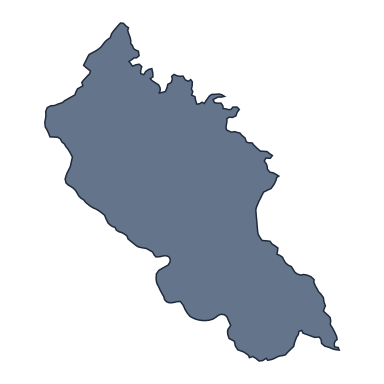 Rio Real, Bahia, Brazil
{"feature_id": "56859067B99431528151864", "entity_name": "Rio Real", "entity_type": "district", "adm_level": 2, "iso_a3": "BRA", "parent_name": "Brazil", "parent_adm1": "Bahia", "projection": "mercator", "projection_center": [-37.904, -11.54], "detail": "fine", "context": "isolated", "style": "filled", "palette": "slate", "viewbox_px": 384, "rotation_deg": 0, "n_neighbors": 0, "source": "geoboundaries", "source_scale": "gbopen_adm2", "svg_char_len": 4301}
<svg xmlns="http://www.w3.org/2000/svg" viewBox="0 0 384 384"><path d="M252.1,142.9L248.9,142.8L246.4,142.0L245.0,138.0L241.7,135.2L239.9,133.0L237.5,132.5L234.5,131.6L231.4,132.2L228.9,131.0L226.5,129.9L226.0,127.2L226.4,124.5L226.9,121.7L226.9,118.7L229.3,117.1L232.4,117.5L235.9,115.9L237.1,112.4L239.3,109.5L237.0,107.1L232.9,107.1L230.9,109.5L228.4,109.6L225.7,108.8L223.1,108.5L222.9,105.9L221.0,103.1L217.5,103.2L214.4,102.6L213.1,99.5L215.8,98.2L218.1,97.0L221.4,97.1L224.5,96.4L221.7,94.7L219.1,94.0L215.2,94.3L211.8,94.4L209.4,96.0L207.7,98.4L206.0,100.8L204.4,103.5L202.1,102.2L199.7,103.7L196.8,104.2L195.6,100.3L195.0,96.7L191.6,95.1L192.8,91.6L191.4,89.1L192.2,85.8L192.3,81.8L190.7,79.6L188.5,81.3L185.3,79.9L183.0,76.1L179.6,76.3L176.8,75.7L174.0,74.4L171.7,76.3L172.3,79.3L171.1,82.6L167.8,84.3L167.0,87.6L165.4,91.6L162.4,92.3L159.3,93.0L160.3,90.0L160.0,87.6L158.6,84.9L154.7,82.4L152.0,80.6L150.3,78.7L153.0,76.8L152.7,72.5L151.8,68.6L148.7,69.4L145.6,71.6L143.8,74.7L140.7,73.6L140.7,70.4L141.8,66.6L139.2,64.2L135.8,64.8L132.5,66.2L131.0,64.0L129.0,61.5L131.9,59.5L134.1,57.9L136.6,57.8L139.1,55.7L138.4,51.2L135.6,50.0L133.6,48.6L132.3,45.3L130.7,43.5L130.8,41.0L130.2,37.7L128.7,33.7L127.7,30.5L128.5,27.8L125.9,25.9L123.4,23.3L120.5,23.0L118.0,25.7L115.4,28.7L113.5,31.0L111.6,33.7L110.2,37.8L107.3,39.7L104.8,42.0L102.7,44.8L101.1,46.9L98.1,49.4L95.1,51.3L91.6,53.1L89.1,54.5L87.8,56.8L86.1,60.2L83.6,65.3L86.2,67.7L90.4,71.0L89.7,73.7L87.3,76.1L85.7,77.9L83.6,80.1L81.8,82.4L82.9,85.8L77.5,88.9L75.9,92.0L74.9,94.9L71.6,96.8L68.9,98.2L66.8,99.5L64.6,100.7L62.3,102.7L58.4,103.9L54.6,105.5L50.7,105.8L47.3,107.6L45.7,111.5L45.9,114.3L45.7,117.5L44.8,122.4L45.3,127.1L47.0,129.8L48.6,133.3L50.0,136.9L54.8,137.1L57.7,137.2L60.3,138.9L62.1,142.2L64.5,144.0L65.7,146.4L68.1,149.3L70.1,152.6L72.4,157.1L71.4,161.7L70.2,166.9L68.6,170.0L67.1,173.0L66.1,175.6L65.1,179.0L66.0,182.9L68.3,185.1L71.1,186.7L73.3,188.2L75.5,190.4L77.2,193.2L78.9,196.1L81.0,198.2L83.6,199.8L85.8,202.5L89.8,205.8L93.2,207.9L95.7,208.9L98.8,210.7L101.4,212.6L104.6,215.2L106.0,218.8L108.2,223.2L110.3,225.1L112.6,226.6L115.0,227.3L116.3,230.1L119.0,231.8L121.5,232.5L123.9,233.7L126.9,235.9L128.1,239.0L132.1,242.3L136.2,245.6L138.3,246.9L141.8,247.7L146.4,248.5L150.0,250.5L152.7,252.1L154.1,254.9L155.9,256.9L160.0,256.7L163.6,255.8L166.5,255.8L168.8,256.8L170.2,259.1L170.0,262.1L168.1,265.1L162.1,268.4L158.8,270.4L156.4,273.9L156.1,278.4L156.4,281.5L157.1,283.9L158.5,286.4L159.7,289.1L161.3,292.3L163.7,296.4L164.6,299.7L166.6,301.8L169.0,302.7L171.4,302.8L174.1,302.4L176.7,301.7L180.4,301.5L183.3,305.4L185.0,309.3L187.1,312.8L189.8,316.2L192.0,317.5L195.2,319.0L198.8,320.0L202.1,320.5L205.2,320.6L208.8,320.3L212.9,319.1L216.2,317.0L218.4,315.2L221.1,314.3L224.3,314.7L226.8,316.6L230.7,325.5L228.0,329.3L227.5,331.7L227.8,334.5L229.1,338.5L231.4,339.7L234.4,341.3L235.3,345.9L237.8,349.8L243.8,352.0L248.5,355.3L249.4,357.7L252.7,356.5L255.8,358.3L259.0,361.0L262.6,360.6L266.3,358.3L267.6,360.3L271.6,359.5L274.5,358.4L276.6,357.2L279.6,356.0L282.6,355.6L285.5,354.8L287.5,352.4L293.7,346.4L294.7,342.1L296.6,337.1L298.3,334.6L298.9,331.4L301.8,330.4L302.9,333.1L314.7,337.4L319.0,337.0L321.0,339.3L321.6,343.4L324.7,346.1L329.4,347.5L332.4,348.8L335.2,349.6L339.2,350.1L338.3,347.6L334.6,346.8L334.2,343.7L335.2,341.0L337.1,339.6L336.6,336.5L334.8,332.4L332.7,328.3L330.3,324.6L330.7,320.6L330.1,317.5L328.1,315.4L325.9,313.5L323.5,311.2L324.3,308.3L325.4,305.9L324.0,302.1L323.4,297.6L320.7,293.9L318.6,291.8L317.4,289.5L315.2,285.6L313.8,282.2L314.1,279.6L310.8,276.6L306.8,275.0L303.3,274.5L301.0,275.1L297.5,274.1L294.9,272.3L293.2,269.5L291.4,266.6L288.0,265.0L285.5,262.8L283.6,259.7L282.6,257.3L280.1,255.6L276.9,254.1L277.5,251.4L277.9,248.0L274.9,245.8L271.9,243.9L270.1,241.3L266.5,240.8L262.1,240.5L260.1,237.7L258.1,234.1L257.6,231.0L257.0,223.9L256.1,213.9L255.8,209.8L256.5,207.0L257.7,204.2L258.9,201.3L260.6,198.1L261.8,195.5L263.6,192.1L267.6,190.1L271.1,188.5L274.1,184.3L276.1,180.1L276.6,177.6L278.8,176.1L276.0,174.3L273.1,172.8L269.9,172.2L267.4,169.2L267.2,166.6L266.5,164.2L264.3,161.2L265.8,158.1L270.3,158.3L272.4,155.5L269.8,153.8L267.1,151.6L263.9,151.3L260.4,151.1L257.0,148.2L254.0,145.3L252.1,142.9Z" fill="#64748b" stroke="#1e293b" stroke-width="1.5"/></svg>